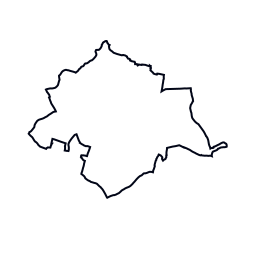 outline of Bicaz, Maramures, Romania, rotated 310°
{"feature_id": "2599482B90177123202958", "entity_name": "Bicaz", "entity_type": "district", "adm_level": 2, "iso_a3": "ROU", "parent_name": "Romania", "parent_adm1": "Maramures", "projection": "orthographic", "projection_center": [23.009, 47.453], "detail": "fine", "context": "isolated", "style": "outline", "palette": "ink", "viewbox_px": 256, "rotation_deg": 310, "n_neighbors": 0, "source": "geoboundaries", "source_scale": "gbopen_adm2", "svg_char_len": 5687}
<svg xmlns="http://www.w3.org/2000/svg" viewBox="0 0 256 256"><g transform="rotate(310 128 128)"><path d="M190.4,160.6L192.1,158.8L194.1,155.7L195.3,154.5L196.0,153.4L197.1,152.0L198.1,151.3L198.8,150.5L195.8,147.3L194.8,146.0L191.9,143.0L182.0,131.9L179.4,130.8L177.6,130.2L181.3,128.1L183.8,126.5L185.1,125.8L187.6,124.2L188.4,123.9L188.6,123.9L190.5,122.2L191.8,121.4L189.6,117.2L188.5,115.5L188.0,115.7L187.9,115.5L187.4,115.6L186.6,114.0L186.1,112.6L186.4,111.9L186.5,110.8L186.6,108.3L186.8,108.3L186.9,108.0L187.0,107.9L187.7,107.5L187.9,107.1L188.3,107.2L188.6,107.1L189.8,105.7L190.1,105.5L189.8,105.0L189.8,104.7L189.1,105.3L189.0,104.7L189.0,104.3L188.4,103.1L187.6,100.9L187.2,100.2L186.4,99.2L186.3,98.9L185.6,97.9L185.1,98.0L183.4,95.2L182.7,95.0L182.6,95.4L182.1,95.2L182.4,94.3L182.7,93.9L182.4,93.4L181.5,92.4L182.6,91.4L183.0,90.5L182.4,89.6L182.0,88.6L181.7,88.3L181.7,88.2L181.0,86.3L181.1,86.1L181.3,85.7L181.5,85.5L181.9,85.5L181.9,84.8L181.8,84.4L181.5,83.9L181.2,83.6L181.7,81.5L182.1,81.3L182.1,81.1L181.7,79.0L181.1,78.1L181.1,77.8L180.7,77.2L180.0,76.8L179.6,76.3L177.6,71.9L176.4,68.6L176.5,66.5L176.3,64.7L176.5,63.2L176.8,62.7L178.2,61.0L178.7,60.8L179.7,60.6L179.4,59.7L179.4,59.4L179.9,58.4L179.9,57.5L180.4,56.7L180.9,56.1L180.8,55.6L180.5,55.2L179.5,54.6L179.0,54.6L178.3,54.2L177.4,54.0L175.1,54.5L174.7,54.5L174.2,55.0L173.8,55.2L172.2,55.6L170.9,55.7L170.0,55.6L169.1,55.4L167.4,53.5L167.0,53.4L165.6,54.0L165.2,54.7L164.8,55.6L164.1,56.4L163.7,56.8L162.0,57.2L159.6,57.2L158.1,57.1L156.6,56.8L156.1,56.4L154.6,55.7L153.2,55.6L151.5,55.1L150.8,54.7L150.1,53.9L149.7,53.7L149.0,53.7L147.0,54.0L146.3,53.8L145.3,53.1L144.5,52.9L143.1,53.1L141.6,52.7L140.2,52.9L139.3,52.9L138.3,52.7L137.4,52.4L136.8,52.4L136.6,51.5L136.0,50.0L134.6,47.0L133.9,45.2L133.5,44.7L132.8,43.3L132.6,43.0L131.8,42.4L130.4,41.7L129.1,41.4L128.0,41.4L125.2,41.8L123.8,41.5L123.0,42.2L120.9,44.6L119.8,44.9L116.0,46.7L114.4,46.8L112.4,46.5L111.6,46.1L109.9,44.8L109.3,44.2L108.7,43.4L108.0,42.7L105.7,40.9L104.7,40.4L103.5,43.0L103.4,43.9L103.0,45.2L102.9,46.0L102.4,46.9L101.7,47.7L101.6,48.1L100.6,47.9L100.2,48.8L98.9,50.9L98.6,51.6L98.4,52.0L97.6,53.2L97.3,54.0L95.8,58.7L94.7,61.4L94.3,62.1L93.0,61.0L92.3,60.5L89.2,59.6L87.1,58.9L84.9,58.5L83.3,57.8L82.6,57.5L81.9,57.3L80.4,56.6L77.8,54.9L76.9,54.4L75.6,54.0L74.8,53.9L71.8,54.2L70.2,54.6L68.7,55.5L68.2,55.7L63.6,55.8L62.4,55.6L61.6,55.1L60.5,55.5L59.8,55.6L59.5,57.4L59.4,59.1L59.4,60.5L59.0,61.9L58.5,63.2L58.0,64.9L57.9,65.9L58.1,66.9L58.0,67.6L57.9,68.7L57.5,69.7L57.3,70.8L57.4,71.6L57.2,72.2L57.3,72.8L59.4,78.7L60.1,78.6L60.6,78.7L61.2,79.0L61.5,79.0L63.1,81.1L64.9,80.3L66.3,80.0L66.8,79.7L67.1,79.7L66.8,79.3L71.1,77.1L71.9,78.8L74.4,85.6L76.2,90.1L73.5,91.4L73.0,92.0L71.9,92.9L71.2,93.4L70.1,94.0L71.3,96.1L71.7,96.5L72.1,97.2L73.2,96.7L75.3,95.0L76.6,93.4L77.4,92.7L79.2,92.1L80.4,91.9L83.7,91.6L88.4,91.6L90.1,92.6L86.8,98.4L85.9,100.9L85.7,100.9L86.0,103.4L86.3,104.6L86.3,105.3L86.7,106.6L87.0,107.4L88.0,108.5L88.2,108.8L89.1,111.2L88.2,111.6L85.6,112.6L82.5,113.6L80.1,114.7L79.9,114.4L79.3,112.8L78.6,111.9L78.2,111.1L77.6,110.6L77.2,109.9L76.9,109.8L75.5,110.6L75.6,111.0L75.4,111.2L75.4,111.4L75.2,111.6L75.3,112.0L75.0,112.9L74.7,114.2L74.7,114.7L75.1,116.1L72.6,117.2L71.1,118.1L70.6,118.3L70.1,118.6L69.0,119.0L65.2,120.8L63.5,121.4L62.8,121.8L62.9,123.1L62.9,125.3L62.5,126.8L62.2,127.4L62.0,127.6L62.1,129.8L62.3,131.6L62.6,132.2L62.8,133.0L62.8,134.1L62.9,134.3L63.7,136.1L64.1,137.1L64.9,138.7L65.3,140.1L65.0,143.3L65.0,144.1L65.1,145.0L64.9,145.8L64.7,147.5L64.3,149.0L62.9,152.8L61.2,156.7L61.2,156.9L63.8,158.0L65.0,158.6L67.1,159.9L67.8,160.7L69.3,161.6L70.4,162.0L72.3,162.9L75.1,163.3L75.8,163.3L76.9,163.6L78.3,164.2L79.7,164.6L81.3,165.3L82.1,165.8L83.9,166.7L85.3,167.1L87.9,167.4L90.0,167.4L90.6,167.5L94.2,167.5L97.0,167.7L99.0,168.1L100.5,168.9L103.2,169.2L103.7,169.6L104.4,170.4L105.5,171.2L107.8,172.4L108.4,172.8L108.8,173.3L109.6,174.4L110.1,175.6L110.5,175.4L110.9,175.1L111.7,174.6L112.9,174.3L115.9,173.1L116.1,173.0L116.2,172.7L116.3,172.5L117.2,171.9L120.9,170.2L121.7,170.2L122.4,169.6L123.1,169.6L124.6,169.1L125.9,169.1L126.5,169.0L127.2,168.6L127.5,168.6L127.7,169.5L128.0,170.5L128.0,170.9L127.7,172.9L127.4,173.3L126.7,173.6L126.2,174.0L126.0,174.3L125.5,175.8L127.2,176.0L127.9,176.5L128.4,176.6L129.0,176.3L130.1,176.2L131.2,175.2L131.5,175.1L131.8,175.2L132.0,175.1L132.0,174.7L132.5,174.5L132.7,174.2L133.4,173.7L134.2,173.0L137.1,171.3L137.6,170.8L137.8,170.7L142.4,174.1L144.7,176.1L147.4,178.1L147.7,178.3L148.1,179.7L149.0,183.6L149.1,183.8L149.3,183.6L150.2,186.3L150.2,186.6L150.4,187.3L150.5,187.8L150.6,188.0L151.0,189.6L151.2,191.8L151.5,193.4L152.0,195.2L152.3,197.0L152.7,198.2L152.8,198.9L153.2,200.2L153.8,201.3L154.4,201.5L154.4,202.0L154.5,202.2L156.1,204.6L157.5,206.2L158.3,207.5L159.2,208.3L159.8,209.1L160.0,209.5L160.3,210.4L160.7,209.9L161.0,209.5L163.4,208.4L164.0,208.3L164.6,208.3L167.7,210.0L168.5,210.3L169.4,210.4L169.7,210.2L169.9,210.2L170.8,210.8L172.7,211.6L174.8,213.6L175.4,214.4L177.0,215.6L177.3,215.5L178.4,214.5L178.8,213.9L178.9,213.5L179.0,213.3L178.8,212.5L178.7,211.0L178.2,210.2L177.6,209.8L176.2,209.1L174.1,208.4L172.2,207.5L170.2,206.7L168.8,205.8L168.0,206.2L167.4,206.0L167.1,205.7L167.2,205.4L166.5,205.0L165.6,204.4L165.2,204.3L166.3,202.8L166.7,201.8L167.6,200.4L170.2,197.3L171.1,195.8L171.2,195.5L171.4,195.3L172.0,193.5L171.9,193.2L172.0,193.1L173.5,189.6L174.1,187.9L176.2,179.5L175.9,177.3L176.0,175.1L176.7,171.7L177.1,170.6L178.2,169.1L180.3,166.9L180.9,165.8L183.2,162.8L185.2,161.7L186.0,161.3L188.1,161.0L189.6,160.7L189.9,160.5L190.4,160.6Z" fill="none" stroke="#020617" stroke-width="2"/></g></svg>